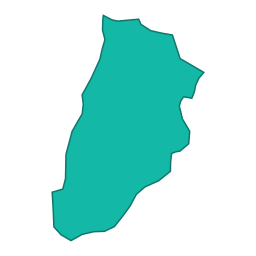 the border of Qəbələ
{"feature_id": "AZE-1724", "entity_name": "Qəbələ", "entity_type": "District", "adm_level": 1, "iso_a3": "AZE", "parent_name": "Azerbaijan", "parent_adm1": "", "projection": "albers", "projection_center": [47.781, 40.923], "detail": "fine", "context": "isolated", "style": "filled", "palette": "teal", "viewbox_px": 256, "rotation_deg": 0, "n_neighbors": 0, "source": "natural_earth", "source_scale": "10m", "svg_char_len": 762}
<svg xmlns="http://www.w3.org/2000/svg" viewBox="0 0 256 256"><path d="M117.8,21.1L138.7,19.2L140.9,24.3L150.5,30.6L161.4,33.1L172.4,35.0L180.1,58.6L203.8,72.4L199.1,77.9L195.8,84.7L194.3,92.0L191.8,98.3L187.7,97.4L183.5,96.9L180.8,101.0L179.3,105.9L182.4,118.9L189.7,131.3L188.7,143.7L180.0,151.1L175.5,151.9L171.6,153.5L170.6,162.2L170.4,171.3L158.7,180.7L145.1,186.8L136.3,194.4L130.1,206.0L122.4,216.5L114.4,226.6L104.5,231.3L93.8,231.7L82.1,234.4L71.0,240.6L61.2,234.9L53.9,226.9L53.2,209.5L52.2,192.2L62.8,189.1L65.5,178.6L66.0,154.4L72.1,131.4L77.1,122.6L82.2,113.9L83.3,104.2L82.1,94.9L91.4,77.9L99.9,59.2L102.2,49.0L104.9,39.8L103.9,35.2L102.5,30.4L102.8,20.2L103.3,15.4L112.1,19.9L117.8,21.1Z" fill="#14b8a6" stroke="#0f766e" stroke-width="1.5"/></svg>